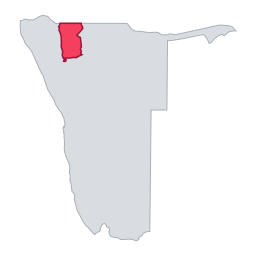 where Omusati sits in Namibia
{"feature_id": "NAM-3350", "entity_name": "Omusati", "entity_type": "Region", "adm_level": 1, "iso_a3": "NAM", "parent_name": "Namibia", "parent_adm1": "", "projection": "natural_earth1", "projection_center": [14.875, -18.403], "detail": "fine", "context": "in_parent", "style": "filled", "palette": "rose", "viewbox_px": 256, "rotation_deg": 0, "n_neighbors": 0, "source": "natural_earth", "source_scale": "10m", "svg_char_len": 3671}
<svg xmlns="http://www.w3.org/2000/svg" viewBox="0 0 256 256"><path d="M206.0,28.0L209.4,27.2L212.7,26.5L216.5,25.7L219.5,25.2L220.3,25.0L227.6,25.7L230.7,26.2L231.8,26.6L233.2,27.9L235.9,30.9L235.2,30.8L230.3,31.4L228.4,32.2L224.2,35.7L223.3,35.3L222.3,34.6L221.5,34.3L219.6,35.2L217.8,36.2L215.8,37.6L214.1,39.1L213.5,39.8L210.9,42.7L210.0,43.2L209.3,43.4L209.0,43.3L208.7,42.0L207.1,39.1L204.6,35.3L203.8,34.9L203.3,34.7L201.4,34.9L195.9,36.0L191.2,36.9L184.0,38.5L176.4,39.7L171.6,40.5L167.5,40.7L167.5,44.5L167.4,52.2L167.3,59.9L167.3,67.5L167.2,75.2L167.1,82.9L167.1,90.5L167.0,98.2L166.9,105.9L166.9,109.2L166.8,110.0L164.4,110.0L159.1,110.0L154.7,110.0L151.1,110.0L151.0,114.5L151.0,119.9L150.9,125.3L150.9,130.7L150.8,136.1L150.8,141.5L150.7,146.9L150.7,152.3L150.6,157.7L150.6,161.8L150.6,162.2L150.5,170.1L150.4,178.5L150.3,186.9L150.2,195.3L150.1,203.7L150.0,212.0L149.9,220.4L149.8,228.8L149.8,231.5L148.2,231.4L145.0,232.4L142.9,233.8L142.0,235.4L140.8,236.4L139.4,236.8L138.7,237.6L138.9,238.9L138.3,239.9L137.0,240.6L134.9,240.4L132.0,239.3L128.3,239.1L123.8,239.6L120.5,239.4L118.6,238.2L116.5,237.6L114.3,237.4L113.0,237.0L110.4,236.1L109.9,234.7L109.6,233.6L108.9,232.4L108.8,231.5L109.4,230.7L109.5,229.6L109.1,228.0L108.3,227.3L107.3,227.3L106.7,226.7L106.4,225.4L105.8,224.5L104.4,223.5L102.5,224.3L101.5,225.4L101.0,227.1L100.5,227.9L100.3,229.4L100.2,230.4L99.7,231.5L99.2,231.9L98.6,231.7L97.6,232.1L95.5,233.7L94.9,234.6L93.1,233.1L88.0,227.3L86.2,225.8L83.6,222.3L77.7,211.4L76.8,209.3L75.7,204.0L74.4,200.1L74.3,197.8L74.9,196.6L74.5,194.8L73.9,193.3L71.9,191.3L71.3,184.5L69.9,180.1L70.2,176.5L69.6,173.2L69.5,171.1L69.8,167.1L68.7,162.4L66.5,157.9L64.5,151.4L64.3,148.5L64.5,140.9L64.1,137.7L64.1,134.1L63.3,130.3L63.0,128.2L63.5,126.5L63.9,127.0L64.4,127.3L64.8,125.1L64.9,123.2L63.9,118.4L61.7,113.5L56.2,105.6L54.8,102.6L54.0,100.0L47.8,89.6L45.2,82.2L43.3,75.8L41.3,72.9L32.0,52.2L29.9,48.9L26.2,44.9L25.3,43.6L23.9,39.8L21.0,34.8L20.4,30.1L20.1,24.7L20.5,20.6L23.0,20.2L24.8,19.1L26.4,19.1L28.0,19.9L29.6,20.0L30.3,19.8L33.3,20.0L35.0,19.0L37.1,18.0L38.3,17.1L39.9,16.3L42.1,15.4L43.4,15.4L44.9,15.8L46.9,16.1L48.1,16.7L49.5,18.6L51.6,20.4L53.1,21.4L54.9,22.7L55.5,23.3L56.3,23.6L56.7,23.6L60.1,23.4L63.1,23.2L66.3,23.3L72.4,23.3L78.5,23.3L84.6,23.3L90.7,23.3L96.8,23.3L102.9,23.3L109.0,23.3L115.1,23.3L117.6,23.3L122.0,23.4L126.6,23.5L127.1,23.6L127.6,23.9L128.0,24.3L129.6,26.7L131.7,29.2L133.4,30.4L135.4,31.1L137.4,31.3L139.2,31.2L142.1,31.5L146.3,32.3L150.7,32.5L155.2,32.2L158.3,32.6L160.1,33.9L162.0,34.7L163.9,35.1L166.5,34.9L169.8,33.9L172.6,34.1L173.8,34.7L174.6,34.8L179.4,33.8L183.3,33.0L189.1,31.7L193.9,30.6L201.0,29.1L206.0,28.0Z" fill="#d9dde1" stroke="#a8b0b8" stroke-width="1"/><path d="M61.0,23.3L65.1,23.3L69.2,23.3L73.3,23.3L77.4,23.3L81.3,23.3L81.3,24.5L81.8,25.6L82.2,26.3L82.4,26.6L82.6,27.2L82.7,28.7L77.0,35.2L77.0,35.5L79.1,36.9L79.8,37.1L80.4,37.6L80.5,38.5L80.6,39.5L81.4,46.5L81.1,47.5L80.5,48.4L80.6,49.4L81.3,51.4L81.2,52.5L80.6,53.2L80.8,53.8L81.2,54.3L81.6,54.5L82.0,54.7L81.5,55.0L80.8,55.1L80.2,55.5L79.6,55.9L79.0,56.1L78.4,56.3L77.9,56.5L77.4,56.6L77.4,56.9L77.4,57.1L75.7,57.7L74.8,57.6L73.8,57.4L70.2,58.0L65.8,58.0L65.0,58.2L65.0,58.9L65.1,59.7L66.0,59.7L65.9,60.7L65.6,61.4L63.6,61.3L63.8,60.5L64.0,60.3L64.2,60.0L64.1,59.1L63.7,58.5L63.3,58.1L63.0,57.6L62.3,55.4L62.4,53.5L62.7,51.5L62.4,50.5L62.0,49.4L61.3,47.2L61.2,45.9L61.4,43.2L61.1,36.2L60.6,33.9L59.1,30.4L58.9,29.5L59.2,29.1L59.3,28.8L59.4,28.5L59.4,28.0L59.4,27.6L58.7,27.1L58.6,26.6L59.0,26.2L59.5,25.3L59.6,24.9L59.9,24.3L60.0,24.0L59.9,23.8L59.9,23.7L60.0,23.3L61.0,23.3Z" fill="#f43f5e" stroke="#9f1239" stroke-width="1.5"/></svg>